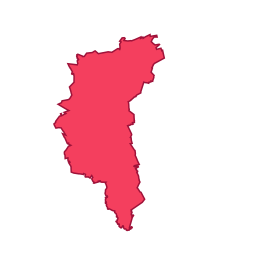 outline of Jiquipilas, Chiapas, Mexico, rotated 150°
{"feature_id": "50627088B19459757665748", "entity_name": "Jiquipilas", "entity_type": "district", "adm_level": 2, "iso_a3": "MEX", "parent_name": "Mexico", "parent_adm1": "Chiapas", "projection": "mercator", "projection_center": [-93.615, 16.574], "detail": "fine", "context": "isolated", "style": "filled", "palette": "rose", "viewbox_px": 256, "rotation_deg": 150, "n_neighbors": 0, "source": "geoboundaries", "source_scale": "gbopen_adm2", "svg_char_len": 5763}
<svg xmlns="http://www.w3.org/2000/svg" viewBox="0 0 256 256"><g transform="rotate(150 128 128)"><path d="M117.9,211.2L118.7,211.3L121.2,211.2L126.4,213.5L130.1,211.8L131.4,212.5L131.2,212.7L134.6,217.0L135.7,217.0L136.0,216.7L135.9,216.3L135.9,216.0L136.7,215.5L136.8,215.4L136.8,214.8L136.5,214.5L137.2,213.6L137.1,213.3L136.7,213.0L136.5,212.2L136.6,211.9L137.0,211.8L137.4,212.0L138.1,211.8L138.5,211.2L138.8,210.5L139.1,209.1L139.4,208.8L140.3,208.3L140.5,208.1L141.3,208.8L147.9,213.7L148.2,210.3L148.0,209.4L148.2,208.8L148.0,207.9L148.1,206.1L148.0,204.6L149.7,203.1L149.5,202.4L148.0,202.3L148.8,199.8L151.9,194.6L158.2,192.8L158.5,191.3L158.5,191.2L159.2,188.2L159.6,187.0L160.2,184.6L162.6,183.2L164.2,182.4L165.8,182.5L171.5,184.5L173.0,183.2L176.7,183.5L172.2,175.5L170.5,172.7L175.6,173.5L175.6,173.1L174.6,171.6L175.3,171.6L175.6,171.7L178.9,171.8L179.1,173.8L178.9,173.9L179.3,174.0L179.6,171.9L181.4,172.5L187.4,169.9L187.9,169.0L188.6,168.8L189.9,168.7L190.3,167.9L190.5,164.0L187.9,163.0L185.9,161.6L185.8,159.3L185.7,157.4L185.5,156.6L185.6,155.7L185.5,153.1L187.5,155.7L187.8,151.6L187.6,151.1L188.3,145.0L188.1,144.8L187.6,144.7L187.9,144.5L188.0,144.3L187.3,143.6L187.2,143.3L187.1,143.1L186.8,143.0L186.7,142.2L186.2,141.6L187.2,141.6L188.0,141.9L188.6,142.0L192.5,140.0L194.8,139.2L195.2,138.9L195.5,138.3L196.1,137.2L196.1,136.0L197.7,132.9L195.0,132.2L196.1,130.1L196.4,128.8L195.4,128.5L195.4,127.3L195.7,127.2L196.7,127.3L196.6,123.3L196.8,123.0L197.0,122.3L197.5,121.5L199.2,118.2L197.5,116.1L193.4,112.8L192.8,112.5L190.2,110.4L190.0,110.1L189.2,110.7L188.0,109.1L189.2,107.9L189.4,106.9L186.8,105.4L185.9,103.6L184.6,104.4L183.2,105.0L183.2,102.8L184.9,102.0L184.9,100.9L185.1,99.8L184.5,97.9L185.3,97.6L185.1,97.2L180.2,96.0L180.4,96.2L180.4,96.4L180.3,96.8L180.0,96.7L179.8,96.4L178.9,96.4L178.6,96.3L178.5,96.2L178.4,94.6L174.3,92.1L174.9,91.9L175.2,91.4L175.2,90.1L175.3,89.6L175.8,87.5L176.1,87.0L176.6,86.5L178.5,85.6L179.1,84.5L180.5,82.9L180.7,82.3L180.7,81.7L180.9,81.2L180.8,80.0L180.8,79.7L181.0,79.3L180.3,79.5L179.8,80.1L180.1,78.8L180.4,78.7L180.7,78.8L180.7,78.5L182.2,79.0L182.2,78.1L182.6,77.7L183.1,77.7L184.2,75.6L183.8,74.9L183.9,74.5L184.3,74.4L184.8,74.7L185.1,74.4L185.1,73.8L184.7,73.2L184.7,72.6L184.8,72.3L185.2,72.0L185.5,71.6L185.6,70.5L185.5,69.8L185.5,69.2L185.8,68.6L186.0,68.5L186.1,68.3L186.1,67.9L185.7,67.5L185.4,67.4L185.0,67.5L184.4,67.1L184.1,66.4L183.5,65.7L183.1,64.9L182.5,64.1L182.1,63.7L181.2,63.1L180.9,62.7L181.1,62.4L181.5,62.2L181.7,61.5L181.6,60.8L181.3,60.3L181.1,59.6L181.1,59.4L181.2,59.1L181.5,58.7L181.5,57.4L181.6,57.2L182.2,57.1L182.4,56.9L182.3,56.5L181.8,56.2L181.7,55.9L181.7,55.2L182.3,54.3L182.6,54.1L182.8,54.2L183.0,54.1L183.3,53.8L183.5,53.3L183.7,53.2L184.0,53.1L184.6,53.2L184.9,53.2L185.1,53.1L185.1,52.7L185.0,52.3L184.7,52.1L184.6,51.4L185.0,50.5L184.9,49.7L184.6,49.5L184.2,49.7L183.9,49.5L183.7,49.2L183.8,48.7L184.1,48.3L184.7,47.8L184.9,47.4L184.8,46.9L184.2,45.3L184.0,45.0L183.5,44.8L181.6,45.9L181.4,45.9L181.2,45.8L181.1,45.2L181.7,43.9L181.7,42.8L181.6,42.5L181.4,42.2L181.1,42.2L180.4,41.7L180.3,41.1L180.5,40.5L180.0,39.7L179.3,39.6L179.1,39.6L178.4,39.1L178.0,39.0L177.5,39.5L177.1,39.6L176.7,39.6L176.5,39.3L176.2,39.1L175.1,39.7L174.8,39.7L174.4,39.5L174.2,39.6L174.0,40.1L174.8,41.3L174.6,40.8L175.0,40.5L175.4,40.4L175.6,40.2L175.9,40.1L176.3,40.0L176.6,40.2L176.7,40.4L176.9,40.5L176.8,40.8L169.0,48.4L166.9,49.5L166.9,49.8L167.0,50.0L167.5,50.1L167.9,49.9L168.5,49.8L168.2,50.2L168.1,51.0L168.5,51.2L168.4,51.5L167.9,52.2L167.2,52.5L166.7,52.9L166.6,53.6L167.0,53.9L166.5,54.4L166.6,54.5L166.4,54.4L166.3,54.6L166.2,54.7L166.0,55.1L166.0,55.3L166.3,55.3L166.2,55.5L165.8,55.4L165.5,55.5L152.8,56.5L149.2,58.0L148.9,65.8L149.6,66.7L149.7,69.9L150.0,71.6L147.2,73.6L144.7,75.2L144.7,75.6L144.6,75.8L144.5,77.1L144.2,77.6L143.8,79.1L142.9,81.1L142.7,82.9L142.6,85.0L142.3,85.0L141.7,85.2L141.4,85.5L141.2,85.9L141.3,86.1L141.8,86.1L141.7,87.6L141.4,87.7L141.4,88.5L141.8,88.4L141.8,89.0L140.8,89.1L138.5,89.1L138.4,89.7L141.3,90.8L141.7,91.2L141.9,91.7L142.0,91.8L141.9,92.0L141.1,92.1L136.5,90.8L136.2,94.6L135.6,98.9L135.5,100.6L134.3,102.3L133.2,105.0L133.5,105.2L133.5,105.5L133.9,113.3L132.1,112.6L131.3,115.6L130.2,118.0L130.7,118.6L128.2,120.3L127.9,121.3L127.2,130.2L126.3,130.0L126.1,130.0L125.9,129.6L124.6,129.4L124.4,129.5L124.1,129.9L123.4,129.4L123.2,129.5L122.9,129.1L122.4,128.9L122.0,129.0L121.7,128.9L121.7,129.3L121.4,129.5L121.5,129.6L121.5,129.8L121.4,130.0L121.4,130.5L121.1,130.4L120.6,129.9L119.7,129.6L119.1,131.0L118.8,131.0L118.7,131.9L118.3,132.3L117.8,133.5L116.1,136.7L118.5,142.4L118.2,142.8L117.9,143.4L117.6,143.5L117.2,145.0L116.5,146.3L115.4,148.4L114.8,150.0L114.6,150.4L114.6,150.6L113.9,150.5L113.2,150.6L112.3,150.5L111.9,150.6L111.5,150.9L111.0,150.7L109.5,151.2L109.1,151.2L107.6,151.5L107.4,151.7L105.9,151.4L106.0,151.6L105.6,151.7L105.2,151.7L103.8,152.2L99.4,152.0L98.5,153.3L91.4,159.8L90.5,158.8L89.0,157.7L87.7,156.4L87.1,157.1L85.9,156.7L84.8,156.5L84.6,157.1L83.3,156.1L82.8,156.7L80.4,158.8L80.2,159.3L79.8,159.9L79.1,160.5L80.1,164.8L76.9,167.7L77.2,168.2L74.7,169.8L74.7,170.0L72.9,170.7L61.6,170.4L59.2,178.0L60.1,178.0L59.6,180.6L63.9,181.8L63.5,183.6L59.0,184.5L59.1,184.9L63.0,186.4L63.9,188.4L64.7,191.1L63.0,192.4L61.8,193.0L59.8,193.7L57.3,192.2L56.8,193.9L62.9,196.2L62.2,197.9L67.4,198.3L70.0,198.1L69.7,199.3L71.0,199.2L72.2,199.3L71.3,200.4L77.7,201.1L81.3,201.7L82.0,202.3L82.8,202.6L84.0,203.2L84.3,203.2L85.0,203.7L87.7,205.8L85.7,207.1L86.1,208.1L88.1,209.0L91.8,207.3L91.0,206.4L91.0,206.0L93.3,204.8L94.0,203.0L94.9,201.2L96.4,199.6L95.5,201.2L96.6,201.4L97.3,201.9L104.1,201.6L107.1,203.9L116.5,207.2L117.9,211.2Z" fill="#f43f5e" stroke="#9f1239" stroke-width="1.5"/></g></svg>